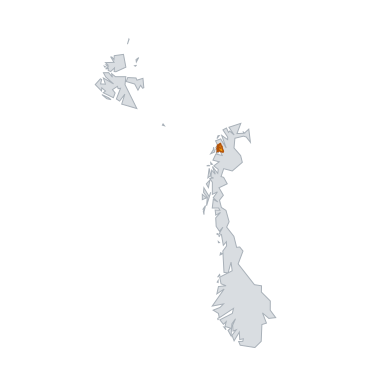 Kvalsund nor, Finnmark, Norway (highlighted), rotated 311°
{"feature_id": "86288312B73614960684794", "entity_name": "Kvalsund nor", "entity_type": "district", "adm_level": 2, "iso_a3": "NOR", "parent_name": "Norway", "parent_adm1": "Finnmark", "projection": "orthographic", "projection_center": [24.169, 70.397], "detail": "fine", "context": "in_parent", "style": "filled", "palette": "amber", "viewbox_px": 384, "rotation_deg": 311, "n_neighbors": 0, "source": "geoboundaries", "source_scale": "gbopen_adm2", "svg_char_len": 5367}
<svg xmlns="http://www.w3.org/2000/svg" viewBox="0 0 384 384"><g transform="rotate(311 192 192)"><path d="M230.4,200.6L222.7,203.8L223.8,206.3L221.3,213.2L212.9,209.6L210.1,217.8L203.9,218.1L199.6,224.3L200.4,229.7L193.9,239.5L188.2,241.2L186.0,252.7L179.5,262.0L181.8,264.1L180.9,269.2L168.0,274.0L163.0,299.9L166.8,306.0L162.0,310.0L161.1,322.6L154.1,328.6L152.1,337.6L147.0,332.9L147.0,324.5L141.9,334.2L137.8,331.7L124.7,342.2L115.9,341.5L108.0,328.9L109.8,325.3L112.6,328.3L114.9,327.1L112.0,324.8L117.3,319.6L107.3,321.4L110.1,316.2L117.0,315.8L113.9,314.2L118.1,310.1L124.9,308.0L118.6,308.6L109.0,315.9L111.2,310.0L114.6,310.6L112.2,305.1L116.6,302.9L112.8,302.5L113.8,296.9L126.8,302.1L131.4,299.7L115.0,295.1L117.7,291.6L116.7,285.5L123.3,288.9L128.2,289.2L119.2,282.1L139.9,279.9L131.4,277.6L138.0,274.0L143.6,279.2L141.8,274.1L145.9,268.8L158.9,274.0L164.7,267.5L154.7,272.3L152.3,268.9L167.7,254.0L174.0,253.5L177.0,250.6L172.3,250.6L179.2,242.1L178.2,239.9L185.7,238.4L180.4,238.4L181.9,232.8L188.0,226.9L195.3,226.9L190.1,225.1L193.6,221.3L196.5,225.0L197.4,222.6L193.2,217.8L200.4,212.9L201.4,218.0L201.6,211.8L208.8,211.1L203.6,208.9L212.7,201.0L213.9,196.6L216.7,199.1L215.7,196.5L221.4,192.5L220.7,197.9L224.6,190.7L223.0,199.2L226.3,196.9L226.0,191.3L232.6,192.7L229.8,186.9L236.3,185.1L239.4,190.8L246.1,176.2L250.9,178.8L247.6,189.0L254.2,177.3L254.9,184.5L256.8,183.0L259.2,174.6L262.9,176.0L260.9,180.4L262.7,180.4L262.7,186.4L265.1,177.4L275.8,183.8L265.6,187.6L270.6,192.9L276.7,193.6L267.8,203.5L269.1,196.9L267.9,194.2L260.7,189.1L252.8,194.8L251.4,204.8L247.4,210.5L234.3,208.6L230.4,200.6ZM223.9,46.9L227.4,50.8L226.4,56.6L228.6,53.7L228.8,58.6L235.6,66.4L229.0,71.1L218.8,95.6L212.2,81.3L221.8,77.1L213.1,77.7L212.6,73.9L223.4,70.0L221.5,68.5L222.8,66.4L217.1,64.8L216.3,69.0L211.6,70.8L208.7,59.9L211.5,60.5L211.4,55.6L208.9,57.4L209.6,48.5L217.3,48.6L217.6,50.0L213.6,52.1L216.6,55.9L219.9,50.3L222.1,61.9L222.2,51.5L223.9,46.9ZM232.9,41.8L238.7,48.1L240.6,42.2L241.3,42.9L240.8,46.2L243.9,43.9L250.9,50.0L242.8,60.2L232.9,55.7L231.8,54.2L234.8,52.1L229.6,51.6L228.7,49.1L230.3,47.8L228.2,46.1L231.6,46.8L231.5,43.7L232.7,45.3L232.9,41.8ZM236.2,68.4L241.3,74.9L240.3,77.1L245.6,80.4L239.1,87.2L237.9,86.6L238.8,83.2L233.4,84.4L235.9,77.9L232.2,69.9L236.2,68.4ZM199.8,208.0L204.1,206.3L191.2,212.0L198.1,207.0L199.3,201.0L203.0,198.2L199.8,208.0ZM207.5,197.5L212.9,197.6L206.1,201.5L207.5,197.5ZM213.1,194.7L221.2,189.4L216.7,195.3L213.1,194.7ZM206.4,60.1L208.4,67.3L208.6,70.3L206.5,66.5L206.4,60.1ZM197.0,201.3L197.1,206.8L193.0,204.8L197.0,201.3ZM240.0,178.9L237.0,182.8L233.1,181.0L237.7,180.4L240.0,178.9ZM240.4,181.7L239.1,186.3L237.4,185.0L240.4,181.7ZM186.2,211.6L190.6,211.1L185.4,213.8L186.2,211.6ZM266.0,44.3L261.2,46.3L266.1,44.0L266.0,44.3ZM255.2,62.9L258.5,63.6L253.6,64.7L255.2,62.9ZM248.7,175.8L251.6,174.7L252.5,175.6L248.7,175.8ZM242.4,180.6L241.7,183.0L241.0,180.9L242.4,180.6ZM226.5,186.8L226.3,189.2L225.2,188.3L226.5,186.8ZM224.4,125.5L223.9,127.8L223.0,125.8L224.4,125.5ZM251.3,67.0L249.7,66.7L249.6,65.8L251.3,67.0ZM164.9,253.4L165.4,255.5L162.9,254.5L164.9,253.4ZM221.4,185.9L222.9,186.9L223.6,188.4L221.4,185.9ZM229.4,43.2L229.8,44.8L229.0,44.1L229.4,43.2ZM147.5,267.7L144.5,267.2L147.9,266.9L147.5,267.7ZM142.4,269.8L140.8,271.1L140.5,270.1L142.4,269.8ZM184.6,214.3L182.8,215.9L185.0,213.0L184.6,214.3ZM111.4,305.7L110.3,308.1L111.0,304.7L111.4,305.7ZM176.9,240.0L176.6,238.3L177.4,238.6L176.9,240.0ZM271.0,190.6L270.9,192.6L270.7,192.3L271.0,190.6ZM177.4,241.7L175.7,241.7L177.8,241.4L177.4,241.7ZM171.9,244.3L171.8,245.9L171.1,245.2L171.9,244.3ZM113.8,294.5L112.6,295.8L113.1,294.6L113.8,294.5Z" fill="#d9dde1" stroke="#a8b0b8" stroke-width="1"/><path d="M245.7,181.2L245.8,181.3L245.8,181.5L245.7,181.6L245.6,181.8L245.4,181.8L245.4,181.7L245.2,181.5L245.2,181.4L245.1,181.2L244.9,181.1L244.8,180.9L244.7,180.8L244.4,180.8L244.2,180.8L244.2,180.7L244.3,180.7L244.2,180.7L244.2,180.8L244.2,180.7L244.2,180.8L244.1,180.7L244.0,180.8L243.9,180.8L243.9,181.0L243.7,181.1L243.7,181.3L243.7,181.5L243.7,181.8L243.7,182.0L243.4,182.1L243.4,182.3L243.2,182.5L243.0,182.8L243.1,183.0L243.3,183.1L243.5,183.2L243.8,183.3L243.9,183.6L244.0,183.6L244.1,183.8L244.0,184.0L243.9,184.1L243.9,183.9L243.9,183.7L243.7,183.7L243.4,183.6L243.2,183.5L242.9,183.4L242.8,183.2L242.7,183.2L242.6,183.3L242.4,183.3L242.2,183.4L242.0,183.5L241.9,183.5L241.7,183.7L241.6,183.8L241.5,184.0L241.6,184.3L241.6,184.2L241.4,184.2L241.4,184.3L241.3,184.2L241.3,184.3L241.2,184.3L241.1,184.5L240.9,184.6L240.8,184.8L240.7,184.8L240.5,185.0L240.4,185.2L240.3,185.3L240.6,185.5L241.3,185.9L241.3,186.7L241.3,186.9L241.4,187.4L241.9,188.2L242.4,189.2L243.4,188.9L243.8,188.1L244.4,187.0L244.9,185.7L245.6,185.4L246.1,184.6L245.8,184.2L246.4,183.1L246.7,182.7L247.2,181.7L246.2,181.2L245.7,181.2L245.7,181.2ZM241.1,182.5L241.3,182.8L241.3,183.0L241.5,183.3L241.9,183.3L242.0,183.3L242.3,183.2L242.5,183.1L242.6,182.9L242.6,182.7L242.8,182.5L243.0,182.2L243.2,181.9L243.1,181.7L243.1,181.4L242.9,181.3L242.6,181.6L241.9,182.2L241.2,182.5L241.1,182.5ZM239.1,184.5L239.3,184.6L239.5,184.8L239.8,184.9L240.0,185.0L240.3,185.0L240.3,184.9L240.4,184.7L240.5,184.7L240.7,184.4L240.8,184.4L240.8,184.2L240.8,183.9L240.8,183.7L240.7,183.4L240.4,183.7L239.9,184.0L239.6,184.2L239.1,184.5Z" fill="#f59e0b" stroke="#b45309" stroke-width="1.5"/></g></svg>